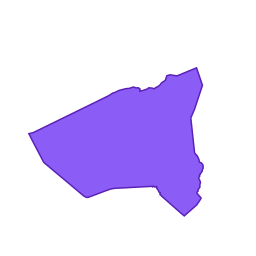 Azacualpa, Santa Bárbara, Honduras, rotated 19°
{"feature_id": "27666195B45825573496458", "entity_name": "Azacualpa", "entity_type": "district", "adm_level": 2, "iso_a3": "HND", "parent_name": "Honduras", "parent_adm1": "Santa Bárbara", "projection": "albers", "projection_center": [-88.529, 15.379], "detail": "fine", "context": "isolated", "style": "filled", "palette": "violet", "viewbox_px": 256, "rotation_deg": 19, "n_neighbors": 0, "source": "geoboundaries", "source_scale": "gbopen_adm2", "svg_char_len": 2879}
<svg xmlns="http://www.w3.org/2000/svg" viewBox="0 0 256 256"><g transform="rotate(19 128 128)"><path d="M36.1,165.6L41.8,171.2L59.5,187.9L72.9,193.1L92.3,200.5L108.3,206.7L110.9,207.1L111.2,207.2L113.0,206.5L127.0,194.9L131.0,191.7L132.5,190.7L136.3,188.8L143.5,186.0L149.8,183.4L169.8,175.3L170.0,175.5L170.3,175.7L170.5,175.7L170.7,175.4L170.7,175.2L170.8,175.0L170.8,174.9L171.0,174.8L171.1,174.7L171.3,174.7L171.5,174.8L171.8,174.9L172.0,175.0L172.3,175.0L172.6,175.0L172.8,175.0L173.0,174.9L173.3,174.8L173.3,174.7L173.6,174.4L173.8,174.1L174.0,174.0L174.3,174.1L174.3,174.3L174.4,174.5L174.5,174.7L174.5,174.9L174.6,175.0L174.7,175.3L174.8,175.4L174.8,175.5L175.0,175.7L175.0,175.8L175.3,176.0L175.5,176.1L175.8,176.3L176.0,176.4L176.2,176.5L176.3,176.5L176.5,176.7L176.6,176.8L176.8,177.0L177.0,177.2L177.0,177.3L177.3,177.6L177.4,177.8L177.6,178.0L177.8,178.1L178.0,178.3L178.2,178.5L178.3,178.5L178.5,178.6L178.8,178.7L179.0,178.7L179.3,178.7L179.3,178.8L179.5,178.8L179.5,179.0L179.6,179.3L179.7,179.5L179.7,179.8L179.8,179.8L179.8,180.0L179.9,180.3L180.0,180.3L180.1,180.5L180.3,180.7L180.4,180.8L180.5,180.8L180.8,180.8L181.0,180.9L181.3,181.0L181.5,181.0L181.8,181.2L181.8,181.3L182.0,181.5L205.3,191.1L209.8,192.8L218.1,178.2L219.9,171.3L219.8,170.4L219.6,170.1L218.9,169.8L217.5,169.0L216.8,168.6L216.0,168.1L214.9,167.5L214.5,167.3L214.1,166.7L214.1,166.3L214.3,165.7L214.7,165.2L214.8,164.9L214.5,164.2L214.3,163.6L214.6,162.9L215.0,161.2L215.2,160.6L215.0,159.7L214.4,158.6L214.3,158.1L214.4,157.4L214.3,156.5L214.2,155.9L213.9,155.3L213.1,154.4L212.3,153.5L211.6,153.0L211.2,152.5L211.1,152.0L211.2,151.2L211.4,150.8L211.5,150.2L211.3,149.9L211.0,149.5L210.9,148.9L211.2,148.6L211.4,148.4L211.2,147.7L211.2,147.3L211.5,146.9L211.9,146.4L211.9,145.6L212.1,145.0L212.2,144.4L212.0,143.8L212.0,142.9L212.1,141.7L211.9,140.8L211.5,139.8L211.1,138.8L210.4,138.1L209.7,137.7L208.7,137.2L208.1,137.0L207.2,137.0L206.7,137.0L206.2,136.4L206.0,135.9L205.3,134.6L205.2,134.5L205.0,134.4L204.9,134.3L204.8,134.2L204.7,134.1L204.4,133.8L204.2,133.6L204.1,133.4L203.9,133.2L203.7,133.0L203.6,132.9L203.5,132.7L203.4,132.6L203.2,132.5L203.1,132.4L202.8,132.2L202.7,132.1L202.5,131.9L202.3,131.8L202.3,131.7L202.2,131.6L201.9,131.4L201.7,131.3L201.5,131.2L201.4,131.2L201.1,131.1L200.9,130.9L200.7,130.8L199.8,130.4L199.7,130.3L199.5,130.1L199.3,130.0L199.3,129.9L199.2,129.8L199.1,129.7L198.9,129.5L198.8,129.3L184.1,98.0L184.8,88.5L184.5,63.4L173.2,48.8L157.3,62.8L150.4,64.0L147.7,65.9L147.7,68.6L147.8,70.5L147.4,71.3L145.2,74.0L144.0,77.3L142.5,79.5L141.0,80.7L140.2,82.3L138.8,82.4L137.8,82.4L134.6,83.2L132.9,85.4L129.8,87.7L127.2,89.4L126.7,87.2L124.7,86.6L122.4,87.5L119.9,87.4L116.3,90.1L113.0,91.6L107.4,95.3L104.1,98.6L102.1,100.0L100.6,102.1L99.3,103.6L93.9,109.1L42.0,161.1L39.7,163.4L36.1,165.6Z" fill="#8b5cf6" stroke="#5b21b6" stroke-width="1.5"/></g></svg>